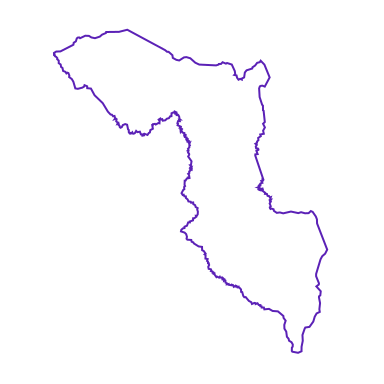 outline of Khao Suan Kwang, Khon Kaen, Thailand, rotated 178°
{"feature_id": "78962969B79183208514946", "entity_name": "Khao Suan Kwang", "entity_type": "district", "adm_level": 2, "iso_a3": "THA", "parent_name": "Thailand", "parent_adm1": "Khon Kaen", "projection": "robinson", "projection_center": [102.806, 16.937], "detail": "fine", "context": "isolated", "style": "outline", "palette": "violet", "viewbox_px": 384, "rotation_deg": 178, "n_neighbors": 0, "source": "geoboundaries", "source_scale": "gbopen_adm2", "svg_char_len": 6010}
<svg xmlns="http://www.w3.org/2000/svg" viewBox="0 0 384 384"><g transform="rotate(178 192 192)"><path d="M97.3,28.9L91.6,27.6L88.1,29.0L87.9,33.5L86.5,39.4L86.6,45.2L84.2,51.4L83.5,52.6L79.3,53.1L75.3,58.3L73.7,63.1L71.7,66.3L68.5,67.7L68.8,70.4L67.9,76.5L68.8,82.3L68.7,83.3L67.4,84.2L66.8,88.3L71.0,93.3L68.5,95.1L68.3,96.3L70.9,103.5L70.8,105.8L65.9,120.2L64.1,123.3L61.1,125.7L58.9,129.7L68.1,156.2L68.1,160.3L69.1,163.2L72.1,167.9L73.9,168.8L76.2,166.8L79.8,166.8L83.7,168.0L86.5,167.2L93.8,169.0L101.6,167.5L104.9,168.5L108.0,168.2L110.8,170.3L111.1,171.9L113.3,172.7L114.1,172.3L114.6,173.0L114.8,174.0L113.8,175.0L114.8,177.9L113.6,179.6L114.2,180.2L113.8,180.8L114.5,180.5L114.7,181.3L113.4,182.2L113.9,183.0L113.5,184.0L114.3,183.7L115.1,185.2L116.6,185.5L117.2,187.4L119.1,187.6L118.8,188.6L122.2,191.3L121.1,191.9L121.4,193.0L123.7,192.5L123.7,191.4L124.7,191.7L124.7,192.6L125.5,192.6L125.2,194.0L125.8,194.2L124.5,194.5L125.0,195.5L123.4,196.1L123.3,197.0L124.3,196.8L123.2,198.2L121.4,198.7L122.2,200.4L121.4,200.3L121.3,201.1L121.0,200.6L120.2,201.7L127.5,226.2L127.4,227.4L125.1,227.6L126.2,230.9L124.2,231.8L124.1,232.4L124.7,233.2L126.4,233.4L126.7,235.2L125.6,236.8L126.9,238.0L125.3,238.9L125.2,240.2L123.8,241.5L124.0,243.7L121.3,245.4L121.8,247.1L118.2,247.7L118.8,250.8L116.9,254.0L118.6,257.7L116.8,259.4L117.6,270.7L118.2,271.2L118.1,275.8L118.9,276.8L121.1,284.5L121.3,293.2L120.5,295.2L119.4,295.7L117.9,295.8L115.6,294.8L110.4,303.8L115.2,316.8L118.8,320.8L119.7,319.4L122.4,318.8L124.5,316.2L127.2,314.5L127.5,313.3L133.2,311.7L135.0,309.6L135.9,304.7L138.3,303.6L138.3,302.6L140.0,303.4L141.6,302.6L143.0,304.7L143.4,306.9L145.6,307.5L144.7,308.3L145.0,311.3L147.8,318.0L152.5,319.7L153.6,319.1L156.9,320.6L158.5,319.0L160.7,319.0L161.0,318.4L163.5,317.7L180.3,319.1L184.2,321.1L189.0,325.7L192.9,327.0L195.3,326.8L200.2,323.9L203.0,324.6L206.5,326.7L206.8,329.4L210.5,332.9L212.0,333.0L213.9,334.7L251.0,356.4L259.4,354.6L272.2,354.9L272.5,353.9L276.4,352.4L278.7,350.5L283.6,349.1L287.2,350.0L289.5,351.6L293.2,351.9L298.5,349.6L299.3,350.4L300.8,350.3L301.8,349.5L302.8,346.6L305.0,345.3L305.4,343.3L318.6,337.1L322.8,337.1L325.1,335.8L325.1,334.2L324.6,334.5L324.1,332.4L323.0,331.8L321.9,330.4L322.1,329.4L320.6,328.0L320.7,325.4L318.8,324.0L318.5,321.6L317.1,320.5L316.6,317.5L314.3,316.5L313.4,314.9L312.4,315.6L311.4,315.2L310.5,312.6L310.8,311.2L308.2,309.1L306.7,306.3L305.0,299.6L302.5,299.1L298.0,300.1L296.2,301.1L295.7,302.5L293.1,301.3L293.1,299.4L289.4,298.9L286.0,292.1L278.1,283.9L273.3,275.3L270.7,272.3L269.3,272.0L268.2,270.4L266.8,270.7L266.2,268.3L266.7,267.6L265.5,268.0L264.8,267.4L265.3,265.3L263.7,263.8L264.0,263.1L263.1,263.6L262.8,262.3L263.3,261.8L262.0,260.5L261.9,259.3L261.2,258.7L259.9,259.3L258.8,261.3L256.4,262.2L254.5,261.5L253.7,256.8L253.0,256.1L253.1,254.0L252.2,252.6L251.5,252.5L251.4,253.2L250.4,252.9L249.6,253.7L249.2,252.5L248.2,252.3L247.0,252.9L245.7,255.0L244.5,253.7L242.0,254.1L241.1,251.4L240.1,251.4L239.7,250.0L238.0,250.3L238.1,251.7L237.7,251.9L234.5,250.6L233.1,252.5L232.0,253.0L231.5,255.3L228.9,256.6L229.4,260.1L228.9,260.0L228.7,261.1L226.6,261.4L225.9,260.7L223.2,262.1L222.1,261.8L221.9,264.1L222.8,265.5L221.0,266.6L220.3,265.5L219.2,265.8L218.7,264.3L216.2,264.6L214.6,266.1L212.5,266.6L211.2,268.4L209.9,268.5L209.7,271.4L207.8,272.2L206.8,271.7L206.5,273.0L204.8,272.1L205.5,270.8L204.9,270.8L204.7,269.4L203.8,269.3L203.6,269.9L203.0,269.4L202.2,267.8L201.9,265.3L201.3,264.8L202.4,264.8L201.8,263.2L203.5,263.3L204.2,261.2L203.6,260.7L204.1,259.2L201.5,258.0L201.9,256.9L201.0,257.1L201.3,256.1L200.5,255.7L201.0,255.2L200.1,254.9L201.3,253.6L201.2,252.7L200.4,253.8L199.4,251.7L197.6,251.2L197.8,249.2L197.1,249.3L197.3,248.4L196.5,248.6L197.0,247.1L195.5,246.6L195.7,245.7L195.1,245.5L195.9,244.9L195.5,243.9L194.5,244.5L194.0,243.7L194.4,242.6L193.4,242.7L193.8,241.7L193.3,240.9L192.5,241.3L193.1,239.9L192.5,238.7L193.1,238.2L193.1,236.7L194.5,235.3L194.0,234.1L194.7,233.5L194.1,233.3L194.6,231.5L193.6,230.5L193.5,229.4L194.6,227.6L191.4,222.7L192.1,219.1L192.9,218.9L191.9,217.8L192.5,217.0L191.7,217.1L192.2,216.3L191.2,216.3L192.0,215.9L191.4,215.7L191.6,214.2L193.0,214.8L193.0,213.4L194.1,212.6L194.0,211.1L195.2,210.3L194.4,209.2L194.1,206.8L195.0,206.7L194.5,206.0L196.7,205.7L198.1,203.6L198.9,203.6L199.2,199.2L198.7,198.2L199.7,197.3L199.6,195.0L200.6,194.5L202.5,191.2L201.4,189.3L200.4,189.6L199.8,188.0L198.3,187.8L198.3,186.2L196.6,184.7L195.9,182.7L193.6,182.3L193.3,181.3L191.2,181.5L191.1,179.8L189.3,178.7L188.9,176.9L186.9,175.7L187.4,174.3L186.8,172.1L187.1,169.4L188.1,168.0L188.9,168.1L188.6,167.1L190.6,165.7L191.8,165.7L192.0,163.6L195.3,162.6L195.2,161.7L196.9,161.7L198.2,158.5L200.7,157.6L200.8,156.2L202.3,156.0L204.0,154.6L204.4,153.0L200.8,151.7L199.3,150.1L198.6,147.4L199.1,145.5L198.3,144.5L194.4,144.1L194.1,142.3L192.4,141.6L192.0,140.6L187.3,137.4L183.9,136.8L183.9,133.5L182.3,132.6L180.6,130.0L181.6,129.2L180.6,128.4L180.9,125.0L178.7,124.4L179.4,122.6L178.5,121.9L178.5,120.3L177.8,120.3L177.4,118.5L178.4,116.6L178.0,114.6L175.8,114.1L175.4,113.0L175.8,112.3L174.2,111.7L174.2,110.6L173.4,110.7L173.3,109.6L172.4,109.9L172.2,108.5L170.6,106.1L170.0,106.6L168.0,105.5L167.2,106.3L166.9,105.5L164.9,105.5L164.8,104.7L164.3,105.1L163.4,104.2L163.8,103.5L162.8,103.5L163.0,102.3L162.2,102.8L161.7,102.4L161.7,100.3L160.3,99.5L160.5,98.5L158.6,98.8L158.6,98.0L155.8,97.4L155.6,98.0L154.2,97.5L153.7,96.1L153.3,96.5L152.4,95.9L151.7,96.9L150.6,96.4L150.3,95.5L149.1,95.7L149.3,95.0L148.1,94.9L146.4,92.9L146.4,90.5L145.3,90.2L144.4,86.4L143.4,85.0L142.0,85.1L139.0,81.2L136.6,79.8L136.0,78.0L133.5,79.0L132.4,78.7L132.3,77.8L130.4,78.5L129.3,76.8L127.6,76.6L127.7,75.5L126.5,75.3L126.4,74.1L124.2,74.0L123.8,72.2L119.1,72.5L115.6,70.3L110.3,69.7L105.0,64.9L104.9,63.0L102.9,60.1L104.4,56.0L104.4,52.2L102.7,49.2L102.2,44.0L100.6,42.0L100.2,40.0L97.8,38.4L96.6,36.1L96.8,33.9L97.6,33.0L97.8,29.7L97.3,28.9Z" fill="none" stroke="#5b21b6" stroke-width="2"/></g></svg>